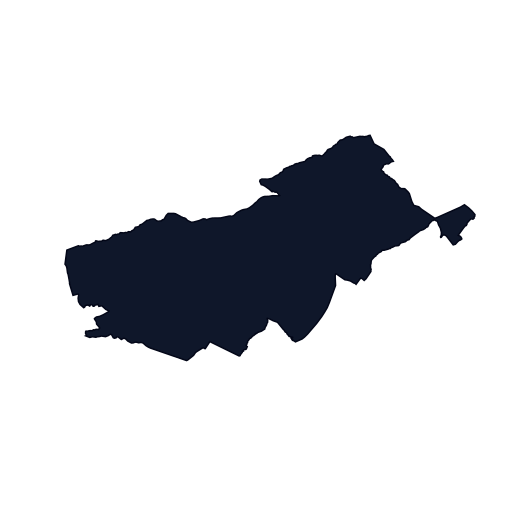 outline of Ciomagesti, Arges, Romania, rotated 36°
{"feature_id": "2599482B53868584928572", "entity_name": "Ciomagesti", "entity_type": "district", "adm_level": 2, "iso_a3": "ROU", "parent_name": "Romania", "parent_adm1": "Arges", "projection": "equal_earth", "projection_center": [24.476, 44.857], "detail": "fine", "context": "isolated", "style": "filled", "palette": "ink", "viewbox_px": 512, "rotation_deg": 36, "n_neighbors": 0, "source": "geoboundaries", "source_scale": "gbopen_adm2", "svg_char_len": 6143}
<svg xmlns="http://www.w3.org/2000/svg" viewBox="0 0 512 512"><g transform="rotate(36 256 256)"><path d="M219.7,393.2L222.5,393.0L224.9,392.5L261.3,381.4L261.9,380.3L263.9,373.1L263.8,369.7L264.3,368.1L267.1,361.2L268.8,361.1L269.4,360.8L269.0,352.4L301.1,346.8L301.7,345.9L301.4,345.2L301.5,341.9L300.9,341.0L301.8,340.3L301.8,340.0L301.3,339.6L301.2,339.0L301.8,338.2L302.6,337.7L302.8,336.9L302.2,334.4L301.0,334.4L300.5,334.1L300.5,332.9L299.9,331.9L300.1,331.1L299.3,329.8L299.5,328.6L299.4,326.5L300.0,325.6L300.4,322.6L301.0,321.4L301.0,320.8L301.4,319.8L301.1,319.1L302.0,318.5L302.4,316.8L304.6,313.6L306.0,309.9L305.4,308.7L305.1,305.8L304.4,303.9L304.4,302.9L303.4,301.3L302.0,300.3L301.8,299.8L304.2,298.9L307.9,298.3L311.9,297.1L312.8,297.1L321.3,299.4L321.8,299.3L324.4,300.3L325.6,300.0L327.5,301.0L328.3,301.0L330.0,301.6L333.4,300.2L333.6,300.5L333.2,300.9L333.1,301.2L332.4,301.3L332.3,301.5L332.9,302.0L333.9,302.0L334.1,302.4L335.0,302.2L335.1,302.4L334.8,302.6L335.0,302.8L336.7,302.3L338.4,302.3L342.1,296.0L342.9,293.1L343.6,288.8L344.7,275.1L344.8,266.5L344.5,261.3L344.0,256.0L342.7,250.5L337.7,233.1L332.0,225.9L331.4,225.0L330.9,223.5L331.1,223.3L341.9,223.0L343.9,221.9L347.1,220.7L350.9,220.4L352.2,219.9L353.6,220.1L353.6,213.3L353.8,212.3L355.0,211.9L357.9,212.2L358.4,209.8L358.1,201.0L357.5,200.3L356.9,199.0L355.9,198.5L353.6,195.5L353.7,195.0L353.4,194.4L352.4,192.8L351.8,191.2L352.3,187.0L352.9,185.6L352.7,184.3L353.2,183.1L353.2,181.8L354.8,178.6L354.6,177.8L354.7,177.2L356.3,176.0L358.8,172.9L359.7,171.4L360.3,171.0L360.4,169.8L361.4,168.5L362.5,166.2L365.1,163.9L365.4,163.2L365.3,161.1L365.8,159.9L368.4,156.7L369.1,154.1L370.2,152.9L370.2,150.8L372.0,144.8L373.4,140.7L373.5,139.6L375.8,136.3L376.6,134.3L376.8,132.9L377.7,131.5L377.6,130.4L377.1,128.4L377.2,127.5L377.5,125.9L377.6,124.1L378.4,123.3L378.7,122.1L382.4,121.3L385.4,123.5L388.8,125.1L392.2,128.0L393.6,130.2L394.0,132.0L394.5,132.4L394.9,132.0L394.9,129.8L395.1,129.1L395.8,128.4L396.8,128.0L397.9,127.9L399.2,128.2L409.0,131.1L410.4,129.3L410.8,125.6L411.3,123.9L412.0,122.9L412.5,121.3L412.0,120.8L410.0,120.0L407.4,120.3L407.4,110.7L407.7,108.0L408.2,107.7L407.9,106.1L407.4,105.6L407.6,103.0L408.0,99.6L409.9,98.7L410.2,97.0L409.4,96.7L409.7,95.4L408.8,93.8L404.3,92.7L399.8,92.1L394.5,92.0L392.7,96.2L380.2,117.9L378.5,120.4L362.4,120.9L358.7,120.5L353.9,122.3L350.0,120.3L343.4,115.4L341.6,114.8L337.0,114.1L336.2,114.4L333.8,116.2L330.9,116.2L328.4,114.8L326.7,114.8L323.6,113.6L321.5,113.8L320.2,113.6L318.8,114.2L317.5,113.6L315.6,114.0L314.6,113.5L313.4,114.0L311.1,113.9L309.7,112.9L308.5,113.2L306.2,112.4L306.4,109.6L306.2,108.7L305.7,108.6L305.9,107.2L307.4,104.6L308.9,103.8L309.3,103.0L309.7,101.5L310.2,100.1L311.5,98.7L309.8,98.0L307.5,97.6L306.4,96.9L305.0,96.9L296.8,94.6L285.6,95.9L277.3,91.3L276.3,92.4L275.2,94.4L274.7,94.5L273.8,96.0L273.4,95.8L271.6,96.8L270.7,97.6L269.8,98.0L265.5,102.8L264.8,103.1L264.0,103.0L262.7,103.8L261.8,103.7L259.2,106.9L258.0,110.4L257.2,111.6L256.0,112.7L255.5,115.9L255.8,117.8L255.0,118.7L254.9,119.5L254.0,121.6L254.1,122.9L253.8,124.4L251.7,127.5L251.5,128.8L251.9,130.2L251.4,131.3L251.4,133.5L251.1,134.1L251.1,134.7L250.8,136.0L250.3,136.5L247.9,137.3L246.8,138.4L245.5,139.1L244.2,140.2L243.0,141.6L242.9,142.2L243.5,143.4L241.9,144.7L240.6,146.9L240.1,148.7L240.1,150.7L236.2,155.2L235.8,156.3L234.3,157.6L233.3,159.1L233.0,160.8L231.9,161.9L231.5,162.8L230.6,163.7L230.3,164.9L228.9,166.7L227.4,169.6L227.9,170.9L227.9,172.1L227.7,172.9L226.8,174.2L226.5,175.6L226.6,176.7L225.1,179.1L224.2,181.2L223.4,183.6L220.5,186.8L215.5,190.3L214.6,192.1L215.1,193.4L218.3,195.2L220.1,194.5L222.6,194.2L227.6,194.2L231.1,194.6L231.3,194.5L231.1,193.9L231.3,193.7L233.8,193.2L235.4,192.1L239.6,193.2L239.0,194.0L234.0,197.4L231.4,200.1L227.8,202.9L226.7,204.4L225.9,205.9L225.0,208.8L224.8,211.7L224.2,213.3L223.6,216.8L222.3,220.9L221.1,223.2L218.5,225.9L217.4,227.4L215.8,230.5L215.0,232.3L214.3,236.2L213.2,238.1L211.8,238.7L210.8,239.5L204.9,246.1L198.5,250.9L196.5,253.1L194.6,255.8L193.1,255.9L191.4,257.0L189.3,260.6L185.4,265.4L183.9,266.7L179.8,267.5L177.0,267.0L175.3,267.4L174.3,268.0L173.2,268.0L172.5,268.4L171.8,268.3L166.1,269.1L164.6,269.8L159.9,273.2L159.5,275.8L160.0,280.4L158.9,281.8L158.9,282.7L158.8,283.1L156.3,285.5L154.7,285.9L152.3,285.8L151.0,286.5L149.2,288.2L147.9,290.3L146.8,291.3L145.2,297.1L143.9,298.9L143.9,301.1L141.5,303.7L141.7,306.7L140.7,308.6L140.4,310.2L138.6,311.2L137.6,313.2L136.6,313.6L135.5,315.0L132.7,316.7L132.4,317.2L132.3,318.8L131.4,319.4L130.6,320.7L129.4,321.2L129.0,322.1L128.0,323.2L128.1,325.7L127.7,326.7L127.3,328.6L125.7,331.4L125.1,332.1L123.0,333.1L122.2,335.2L121.2,335.6L120.0,336.8L117.5,337.8L117.4,338.4L117.8,339.6L116.8,341.0L115.1,344.5L114.3,345.3L112.2,346.7L109.8,350.2L109.0,350.5L107.3,351.9L106.3,352.1L99.5,362.4L106.3,374.9L108.2,375.5L109.9,376.7L113.4,380.4L114.9,381.4L118.8,385.1L120.9,387.2L121.4,388.0L131.1,395.4L134.2,391.5L134.7,391.3L135.3,391.6L136.9,394.7L139.2,397.2L142.1,398.6L147.0,399.1L147.4,398.0L147.1,396.3L148.0,395.4L148.2,394.7L149.1,394.6L149.6,394.2L150.7,394.4L151.0,393.8L150.5,392.9L151.4,392.1L152.8,391.9L153.7,392.4L154.2,392.1L154.7,391.4L154.4,390.8L154.5,390.6L156.3,388.5L155.7,387.6L158.5,389.1L160.2,387.2L160.7,386.9L165.8,387.5L169.4,386.9L169.5,387.7L166.9,393.4L165.0,396.7L162.7,399.2L162.1,401.3L162.1,401.7L162.4,401.9L165.5,403.1L167.1,404.8L171.6,405.9L171.9,406.2L171.7,406.7L172.1,407.6L172.0,407.9L170.1,409.0L169.1,410.1L168.9,411.0L168.1,411.1L167.7,411.4L167.6,412.6L166.3,413.4L165.3,414.2L165.0,414.8L164.4,415.1L163.9,415.9L162.6,416.7L162.7,417.5L163.7,418.9L165.4,419.8L165.5,420.2L165.2,420.7L169.4,419.6L171.1,417.5L174.3,415.8L174.8,414.9L176.8,413.1L178.0,411.6L181.7,409.7L183.3,407.2L184.0,405.2L184.3,404.8L185.6,404.6L188.5,406.0L189.7,405.8L190.9,404.5L190.8,403.6L191.0,403.1L192.3,402.5L195.9,402.7L196.4,402.5L196.6,401.4L197.7,400.0L199.4,399.7L202.2,400.2L206.4,399.6L207.8,398.4L208.7,396.9L209.9,396.0L212.1,395.2L213.6,393.7L214.7,393.1L215.9,392.8L219.7,393.2Z" fill="#0f172a" stroke="#020617" stroke-width="1.5"/></g></svg>